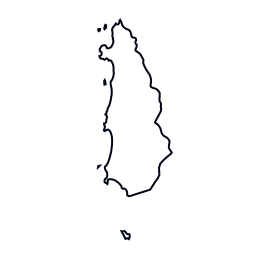 Florianópolis, Santa Catarina, Brazil, rotated 160°
{"feature_id": "56859067B31215399006442", "entity_name": "Florianópolis", "entity_type": "district", "adm_level": 2, "iso_a3": "BRA", "parent_name": "Brazil", "parent_adm1": "Santa Catarina", "projection": "mercator", "projection_center": [-48.495, -27.558], "detail": "fine", "context": "isolated", "style": "outline", "palette": "ink", "viewbox_px": 256, "rotation_deg": 160, "n_neighbors": 0, "source": "geoboundaries", "source_scale": "gbopen_adm2", "svg_char_len": 4093}
<svg xmlns="http://www.w3.org/2000/svg" viewBox="0 0 256 256"><g transform="rotate(160 128 128)"><path d="M98.0,113.2L97.7,116.4L97.9,117.7L98.2,119.0L98.5,120.1L98.8,121.1L99.8,122.3L100.7,123.9L99.8,125.0L98.3,126.4L95.1,129.1L93.6,130.5L92.7,131.4L91.6,132.4L90.8,133.7L90.1,135.2L89.8,137.3L88.9,138.8L88.7,139.8L88.8,140.9L89.1,141.9L89.0,143.2L88.4,144.8L87.5,146.7L86.9,148.2L86.3,149.9L86.4,151.2L87.0,153.0L88.0,154.8L88.8,155.7L90.3,156.7L91.2,157.4L92.5,159.0L92.3,160.1L91.8,161.3L91.0,162.6L90.5,163.7L90.0,164.9L89.6,166.0L89.6,167.1L89.5,168.6L89.4,170.3L89.9,172.5L90.2,173.7L90.8,175.8L91.1,177.9L91.4,180.1L91.5,181.9L91.5,183.6L91.0,185.1L90.3,186.2L90.3,187.8L90.6,189.2L90.8,190.9L91.0,192.1L91.3,193.4L91.9,194.6L92.5,195.5L93.6,196.8L94.5,198.3L94.0,199.4L93.0,200.4L92.2,201.5L91.3,203.0L91.9,204.5L91.9,205.8L91.2,206.8L90.3,207.7L90.0,209.3L90.6,210.3L92.0,211.1L93.0,211.8L93.3,213.1L93.1,214.2L92.9,215.4L92.8,216.5L92.9,218.0L93.7,219.9L94.6,220.8L95.5,221.4L96.4,222.5L96.9,223.3L97.6,224.4L98.0,225.5L98.2,226.7L98.1,228.1L98.1,229.3L98.1,230.8L98.4,232.3L99.3,231.7L100.6,229.4L101.7,228.8L103.3,229.2L103.7,230.3L104.9,229.4L106.0,228.7L107.0,228.1L108.2,227.3L109.2,226.2L109.5,225.1L109.7,224.0L110.0,222.5L110.6,221.0L111.1,220.1L111.4,219.1L111.3,217.6L112.0,216.3L111.8,215.2L112.6,213.5L113.7,212.0L114.7,210.9L115.7,210.3L116.6,209.7L117.9,209.5L119.3,209.5L120.4,210.1L120.5,211.5L120.6,212.7L121.6,213.8L123.1,214.1L124.5,214.2L125.6,213.4L126.4,212.8L127.3,212.3L127.7,211.2L128.2,210.0L127.1,208.5L127.2,207.1L127.9,205.8L129.2,205.3L130.4,205.3L130.3,203.2L129.7,202.4L128.8,202.1L127.7,201.5L126.9,200.2L125.5,200.4L124.6,200.8L123.7,200.1L123.1,199.0L123.1,197.8L121.8,197.8L120.9,197.0L120.6,196.1L120.5,194.9L120.4,193.4L120.5,191.9L120.8,190.2L121.0,189.2L121.4,188.3L122.0,186.9L122.3,185.3L122.7,184.2L123.2,183.1L123.8,182.1L124.5,181.1L125.3,180.0L126.2,179.1L127.0,178.3L128.2,177.7L128.9,176.5L129.3,174.9L129.6,173.6L129.7,172.1L130.0,170.8L130.3,169.4L130.7,168.1L131.2,166.8L131.8,165.3L132.4,164.1L133.1,163.1L133.8,161.6L134.5,160.5L135.4,159.0L136.2,157.9L136.9,156.9L137.7,155.9L138.7,154.7L139.8,154.0L140.7,152.8L141.5,151.4L142.6,150.6L143.0,149.6L144.6,148.5L143.8,147.0L144.0,145.5L144.6,144.3L145.6,143.1L146.1,141.7L147.0,140.6L148.0,140.2L148.9,140.4L149.4,139.1L149.1,137.5L149.9,136.0L150.6,135.1L151.4,134.3L151.2,133.2L150.1,133.0L149.2,133.5L148.1,133.5L146.9,133.1L146.3,131.8L145.9,130.5L145.8,129.0L145.9,127.0L146.2,125.0L146.8,122.8L147.5,120.9L148.1,119.4L148.5,118.3L149.0,117.2L149.5,116.2L150.2,114.9L151.0,113.2L152.2,111.1L152.9,110.1L153.6,108.9L154.3,107.9L155.3,106.5L156.3,105.1L157.2,104.0L158.1,102.9L159.4,101.6L160.3,100.9L161.0,100.1L162.0,100.0L163.1,99.3L163.5,97.6L163.6,96.0L163.1,94.8L162.9,93.3L163.3,91.8L163.8,90.5L164.6,88.9L165.6,88.3L167.0,87.9L168.0,86.8L168.5,85.1L167.8,84.1L167.1,83.2L166.5,82.4L165.9,83.3L165.4,84.5L165.0,85.8L164.0,86.3L163.1,86.2L162.0,85.9L160.8,85.3L159.5,84.5L158.6,83.7L157.6,82.6L156.6,81.2L155.8,79.9L155.1,78.6L154.6,77.2L154.1,76.0L154.3,74.9L154.3,73.8L153.5,72.6L151.9,72.2L151.2,71.1L150.9,70.0L150.7,68.7L151.0,67.3L151.4,66.0L151.7,64.8L150.9,64.1L150.1,63.4L128.2,62.5L120.9,68.1L117.7,70.2L116.5,71.3L114.5,73.3L112.5,80.0L109.8,83.4L106.0,85.5L103.7,86.5L100.8,87.6L98.8,88.3L96.4,89.2L95.3,90.0L95.6,91.2L96.0,92.9L96.5,95.0L95.8,97.0L93.6,101.0L93.6,102.6L94.1,104.5L95.2,106.2L96.6,107.8L97.5,109.2L98.1,111.4L98.0,113.2ZM169.3,31.7L168.7,29.4L168.6,27.9L168.5,26.3L168.3,24.7L167.2,24.6L165.8,24.5L165.1,23.3L164.1,24.4L163.1,26.3L163.1,27.8L164.5,28.2L165.2,29.0L165.7,30.2L166.1,31.8L167.0,32.5L168.4,32.6L169.4,33.2L169.3,31.7ZM114.9,231.9L115.3,230.6L116.3,230.0L116.2,228.9L114.8,229.4L114.0,230.5L113.4,232.0L114.0,232.7L114.9,231.9ZM134.3,180.4L134.7,179.2L135.0,178.0L135.3,176.8L134.1,176.7L133.8,177.7L133.5,179.3L133.5,181.0L134.3,180.4ZM122.6,230.1L122.4,229.0L121.1,229.2L120.5,230.5L122.0,231.1L122.6,230.1ZM169.7,101.2L168.7,101.6L167.5,102.2L169.0,102.5L169.7,101.2Z" fill="none" stroke="#020617" stroke-width="2"/></g></svg>